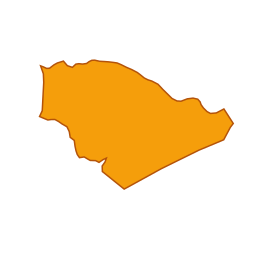 outline of São José do Seridó, Rio Grande do Norte, Brazil, rotated 195°
{"feature_id": "56859067B84729527375837", "entity_name": "São José do Seridó", "entity_type": "district", "adm_level": 2, "iso_a3": "BRA", "parent_name": "Brazil", "parent_adm1": "Rio Grande do Norte", "projection": "albers", "projection_center": [-36.841, -6.478], "detail": "fine", "context": "isolated", "style": "filled", "palette": "amber", "viewbox_px": 256, "rotation_deg": 195, "n_neighbors": 0, "source": "geoboundaries", "source_scale": "gbopen_adm2", "svg_char_len": 1085}
<svg xmlns="http://www.w3.org/2000/svg" viewBox="0 0 256 256"><g transform="rotate(195 128 128)"><path d="M215.3,122.5L216.4,116.2L211.5,115.5L207.5,115.0L204.4,116.3L200.8,117.3L196.7,116.3L192.6,114.8L187.3,113.4L183.8,109.3L181.4,104.0L176.7,102.1L174.4,96.6L172.3,92.5L170.1,89.2L167.2,86.8L162.8,88.7L158.9,87.6L156.1,86.9L150.8,88.1L147.1,87.3L143.9,91.0L141.1,93.3L141.4,89.2L143.1,84.6L141.5,79.3L115.9,68.0L85.2,97.4L53.7,125.0L32.5,141.4L29.3,155.2L27.5,159.6L40.3,171.2L46.6,165.4L52.1,163.4L55.9,164.3L60.4,166.9L63.5,169.5L65.1,171.9L68.1,173.9L72.9,173.7L78.3,171.5L83.7,167.6L87.7,166.8L93.1,167.9L104.4,174.3L110.3,178.0L117.1,179.5L121.2,179.7L125.2,180.5L129.9,182.6L133.3,184.0L139.5,185.4L145.1,186.2L151.0,187.4L155.3,188.0L158.8,187.6L163.7,186.9L167.4,186.2L172.7,185.1L177.7,184.9L180.5,184.0L182.7,182.1L184.7,179.6L188.4,178.0L192.1,177.4L194.9,176.2L197.4,172.2L202.7,172.5L207.7,175.9L213.1,172.5L215.8,169.9L219.3,165.4L222.1,164.5L225.4,165.1L228.5,165.4L223.8,158.5L221.2,150.2L215.3,122.5Z" fill="#f59e0b" stroke="#b45309" stroke-width="1.5"/></g></svg>